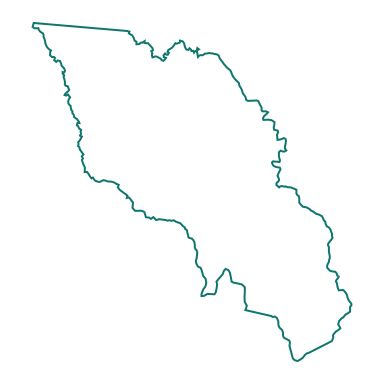 outline of Itapirapuã, Goiás, Brazil
{"feature_id": "56859067B49967436038382", "entity_name": "Itapirapuã", "entity_type": "district", "adm_level": 2, "iso_a3": "BRA", "parent_name": "Brazil", "parent_adm1": "Goiás", "projection": "robinson", "projection_center": [-50.766, -15.739], "detail": "fine", "context": "isolated", "style": "outline", "palette": "teal", "viewbox_px": 384, "rotation_deg": 0, "n_neighbors": 0, "source": "geoboundaries", "source_scale": "gbopen_adm2", "svg_char_len": 5630}
<svg xmlns="http://www.w3.org/2000/svg" viewBox="0 0 384 384"><path d="M33.7,23.0L32.6,26.9L34.6,28.4L38.3,28.1L38.7,29.7L40.2,31.6L41.4,32.5L43.0,33.4L43.6,35.0L43.6,37.1L44.4,38.7L45.1,41.2L45.4,43.3L46.0,45.1L47.3,47.5L48.9,49.1L51.0,50.5L50.2,52.0L50.1,55.4L52.0,57.0L53.8,56.9L55.0,57.9L54.2,60.2L56.2,61.9L57.8,60.5L60.0,61.0L61.1,63.6L61.6,65.8L62.9,67.1L64.2,68.5L65.0,70.8L64.0,72.6L62.6,72.1L62.7,73.8L64.2,75.3L63.6,77.2L64.5,79.5L65.0,82.5L64.8,84.4L65.7,85.8L67.7,86.2L68.5,88.3L69.2,89.8L68.1,91.4L65.6,93.3L64.6,95.1L66.2,95.6L67.9,94.5L70.1,97.3L68.7,99.5L68.2,101.3L68.4,103.4L69.5,105.0L70.6,105.9L70.8,107.8L71.3,109.9L72.4,111.3L72.4,113.2L73.7,114.7L74.2,117.2L77.0,119.1L78.8,121.6L79.4,123.1L77.5,123.0L76.9,125.3L78.1,126.2L79.2,128.6L81.1,129.8L80.6,131.7L81.0,133.9L80.0,135.6L81.9,136.6L79.8,140.3L78.2,142.3L78.5,144.0L78.1,146.0L79.2,146.9L80.0,149.7L81.8,152.2L83.5,154.4L81.8,156.3L82.9,158.5L81.9,160.1L82.7,162.4L83.6,164.8L84.8,167.2L84.8,169.7L84.7,172.1L87.0,171.9L88.5,173.8L89.8,176.1L91.5,178.4L92.9,177.6L94.5,180.0L95.5,180.9L98.3,181.8L100.4,181.8L101.8,180.8L103.4,180.2L105.9,180.7L107.6,181.4L110.4,181.6L112.0,181.8L114.0,182.4L116.9,184.1L118.7,184.8L117.9,187.5L119.8,189.9L123.4,192.6L125.5,194.1L127.4,195.6L126.8,197.9L128.7,197.4L130.4,199.0L131.5,200.7L133.0,202.5L132.5,207.8L133.7,209.4L135.1,210.8L138.6,210.8L141.1,210.7L142.6,211.1L144.4,212.1L145.9,217.2L149.0,217.6L150.8,218.9L153.4,217.1L154.9,218.6L156.1,220.1L158.8,219.2L162.2,219.6L165.7,220.0L167.5,220.7L169.2,220.2L171.4,220.8L173.9,220.3L175.9,221.7L180.2,223.2L181.6,224.6L183.0,226.2L184.7,227.3L185.2,229.0L186.8,230.0L187.5,233.3L188.1,235.4L188.5,237.5L189.9,238.1L191.9,238.6L193.5,240.4L194.4,242.2L194.9,245.5L194.7,247.0L195.4,249.1L196.6,250.3L197.3,252.4L196.6,258.5L195.8,260.8L196.3,263.5L197.4,265.7L198.5,266.9L200.6,267.7L201.8,270.7L203.1,275.7L205.6,278.8L206.3,282.7L205.7,285.6L205.0,287.1L203.4,289.1L201.5,294.0L201.5,296.0L204.0,295.9L207.5,293.9L214.5,294.3L215.8,292.2L216.6,288.4L217.1,284.4L216.5,281.6L218.4,279.1L220.7,276.6L222.8,274.1L223.9,270.8L225.6,268.9L228.5,270.2L229.9,272.7L230.9,277.5L231.6,281.6L233.7,282.7L236.4,283.2L238.5,283.6L242.0,284.5L244.8,287.2L244.8,292.4L244.5,297.4L244.8,302.1L246.8,305.6L246.2,308.0L245.4,310.1L271.2,316.0L272.7,317.0L274.8,316.5L276.8,317.9L278.3,321.2L278.4,325.0L279.4,327.5L282.1,330.0L283.1,332.8L283.0,335.7L283.9,337.7L289.4,340.6L289.9,342.9L289.5,345.9L290.4,349.5L291.3,352.4L291.9,355.3L293.0,358.6L294.7,360.2L297.6,361.0L300.5,359.4L303.0,357.6L304.5,355.5L305.7,354.3L307.1,353.3L309.1,352.7L331.8,341.1L333.3,337.6L333.0,335.3L334.1,333.6L335.3,332.2L336.4,331.2L338.1,330.2L340.3,328.4L339.6,326.7L338.2,324.3L339.0,321.2L340.7,319.3L341.8,318.1L343.3,317.4L345.4,314.6L347.6,313.4L350.1,311.7L350.1,309.5L350.1,306.8L351.4,305.4L351.3,303.6L349.2,301.0L348.3,299.5L347.6,297.7L347.1,295.4L346.4,293.8L344.3,291.0L342.9,289.9L341.3,290.2L338.8,290.3L337.6,287.3L337.2,284.9L336.7,282.8L335.9,281.4L336.6,279.6L338.0,278.2L338.7,276.7L337.2,275.5L336.7,273.5L335.4,271.8L331.7,271.3L330.1,270.8L328.2,268.9L327.1,267.5L327.2,265.5L327.7,264.0L328.7,262.4L329.2,259.8L329.9,257.3L329.5,254.4L328.9,252.2L328.9,249.7L328.9,247.2L327.9,244.9L328.5,243.2L329.8,241.5L331.4,239.5L332.5,237.9L332.0,235.8L332.0,233.8L331.2,231.8L330.6,229.8L328.9,227.4L326.8,226.3L325.6,223.7L325.3,221.7L323.7,220.1L322.8,217.8L321.9,216.2L319.0,214.6L316.2,213.9L314.7,212.7L312.7,211.3L311.1,210.7L309.8,209.3L306.7,207.4L303.1,206.8L301.2,205.1L299.3,202.7L299.3,198.4L298.8,196.1L297.4,195.2L296.4,193.5L296.4,189.7L293.2,188.3L291.3,187.5L289.8,187.3L287.5,187.2L285.6,186.4L284.2,186.7L282.4,186.1L280.3,186.3L279.1,187.4L276.4,185.0L276.6,182.9L278.2,181.6L279.1,180.1L278.7,178.2L277.5,175.7L278.6,173.0L280.5,169.3L279.8,167.6L276.1,167.0L274.1,166.2L272.7,164.8L272.0,162.5L273.1,161.3L275.5,161.7L277.3,161.7L279.5,162.1L279.9,160.1L279.4,158.5L278.9,156.2L278.9,152.3L280.5,150.7L282.8,151.5L284.7,151.5L286.3,150.5L285.0,148.7L284.9,146.4L285.4,144.9L286.0,140.8L285.5,138.8L283.8,138.1L282.4,138.7L280.8,139.4L277.5,139.9L277.0,134.7L278.1,132.5L277.7,130.6L274.1,129.7L273.7,127.2L274.4,124.3L274.5,122.1L271.5,120.2L268.4,119.7L266.1,119.8L263.5,119.9L262.9,118.4L264.0,116.3L265.2,115.1L266.5,114.1L268.0,112.3L266.2,111.4L264.8,111.3L262.4,111.3L261.5,109.9L261.6,107.5L260.3,105.3L258.9,102.3L258.2,101.0L256.2,100.4L253.2,100.7L250.9,100.7L249.5,100.9L247.8,100.8L246.3,100.0L245.3,96.6L242.9,93.5L241.8,89.8L240.8,87.9L239.4,85.7L238.9,83.0L237.1,81.3L235.9,80.1L234.8,78.9L233.8,77.5L232.9,76.2L231.6,73.5L231.2,71.9L230.0,70.0L228.3,68.7L226.5,67.2L225.3,65.5L224.2,64.5L222.7,62.3L220.3,59.2L219.4,57.6L218.6,55.4L216.6,54.3L214.3,54.0L212.8,53.5L211.2,53.4L209.5,53.0L207.4,53.4L204.8,53.7L202.6,55.3L200.7,55.1L199.1,55.7L198.0,57.0L197.4,53.9L196.8,50.5L195.2,51.2L194.0,52.7L193.2,50.8L191.5,51.1L190.9,49.5L189.4,48.3L188.5,49.9L186.3,49.5L185.2,47.5L184.5,45.2L184.2,43.5L182.9,41.5L180.0,40.6L179.8,42.5L178.4,43.1L176.8,43.7L175.4,43.2L174.0,45.3L172.1,47.6L170.6,48.7L168.4,49.9L167.5,51.9L168.9,52.8L167.7,54.8L166.3,54.6L165.1,53.5L163.6,55.2L163.8,57.1L166.0,57.9L164.9,59.5L163.5,60.8L161.9,60.4L160.4,58.5L156.9,56.7L155.4,56.4L152.5,57.4L151.9,55.3L152.3,53.3L151.3,51.1L152.9,50.3L152.6,48.3L151.0,46.4L149.3,44.6L147.9,43.1L146.4,43.3L144.5,42.9L144.6,41.1L142.3,42.7L140.8,42.6L139.4,44.0L136.5,44.3L136.4,41.7L134.6,40.6L133.7,37.9L132.3,35.4L130.2,34.2L128.8,33.3L129.4,31.6L127.2,31.0L33.7,23.0ZM196.8,50.5L198.9,49.3L197.3,48.1L196.8,50.5Z" fill="none" stroke="#0f766e" stroke-width="2"/></svg>